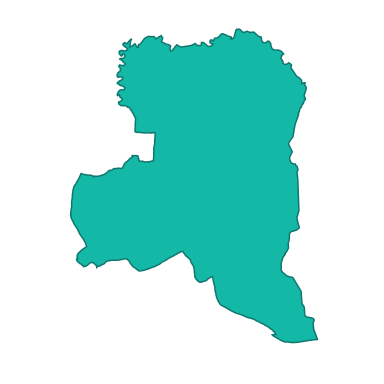 outline of Leraba, Léraba, Burkina Faso, rotated 175°
{"feature_id": "67063806B8254339248909", "entity_name": "Leraba", "entity_type": "district", "adm_level": 2, "iso_a3": "BFA", "parent_name": "Burkina Faso", "parent_adm1": "Léraba", "projection": "mercator", "projection_center": [-5.133, 10.653], "detail": "fine", "context": "isolated", "style": "filled", "palette": "teal", "viewbox_px": 384, "rotation_deg": 175, "n_neighbors": 0, "source": "geoboundaries", "source_scale": "gbopen_adm2", "svg_char_len": 6049}
<svg xmlns="http://www.w3.org/2000/svg" viewBox="0 0 384 384"><g transform="rotate(175 192 192)"><path d="M79.9,34.2L82.8,45.2L82.8,51.2L81.7,52.8L81.6,54.5L82.7,55.7L89.1,57.7L90.4,59.5L90.2,67.5L92.2,71.4L92.0,83.6L99.0,98.0L104.4,99.8L108.9,104.2L110.0,106.4L109.3,113.3L107.2,118.9L104.5,121.9L104.6,123.1L103.3,123.8L100.8,127.7L100.6,132.5L99.2,136.4L98.6,141.7L97.2,143.7L91.4,144.9L88.2,146.9L89.9,156.8L87.1,164.2L85.5,195.6L85.7,202.7L84.4,205.0L85.2,208.6L86.3,209.2L86.6,210.8L89.2,211.5L90.9,212.8L91.9,216.2L91.6,218.3L88.6,223.3L91.8,231.6L89.8,234.6L86.7,238.1L83.4,250.4L79.0,259.8L79.4,261.3L78.0,262.7L77.4,265.7L75.8,266.8L74.6,269.6L73.5,270.2L72.5,272.7L71.1,274.2L71.0,275.5L72.0,278.1L69.4,284.2L69.2,286.7L70.6,288.8L69.8,291.0L71.3,291.1L73.3,290.2L73.1,293.8L75.9,297.1L77.3,297.5L82.9,307.6L81.7,309.4L82.2,310.5L84.4,312.3L86.1,311.1L88.7,311.0L90.4,312.5L89.9,314.0L92.0,317.9L90.9,319.0L91.0,320.0L88.7,321.5L90.6,324.2L93.5,325.9L97.7,326.2L99.7,327.7L100.5,330.0L100.7,333.2L102.2,335.4L103.3,335.7L105.5,334.3L107.5,334.1L109.3,336.3L109.6,340.4L112.2,341.3L116.4,345.9L120.8,346.0L122.9,347.3L127.0,346.3L130.3,350.0L132.9,350.3L134.2,349.3L136.7,342.2L138.6,341.0L140.1,341.4L139.3,342.4L139.7,343.2L142.2,344.0L147.1,346.9L149.1,346.8L152.9,343.3L155.8,343.3L157.8,340.6L158.7,341.6L160.0,341.9L161.1,340.4L160.8,338.8L158.3,337.3L159.6,336.1L161.6,335.4L163.6,335.9L167.5,339.9L169.6,340.1L169.8,337.9L170.7,337.2L174.3,337.6L175.9,339.7L178.9,338.3L182.7,337.8L190.4,337.3L194.4,339.9L199.7,334.4L201.0,334.4L201.6,337.0L200.5,339.2L201.4,340.3L205.6,341.9L207.2,343.1L209.3,344.4L207.7,348.0L209.2,350.5L214.5,347.7L216.2,350.1L219.6,350.4L221.9,350.9L225.9,349.1L230.6,343.8L232.5,343.5L232.9,340.6L234.1,340.9L235.9,344.6L240.0,342.2L241.5,341.9L240.0,347.6L238.7,350.0L240.8,348.5L243.7,345.6L244.4,345.5L245.8,346.6L246.4,346.5L247.1,346.2L247.9,345.4L247.9,344.6L247.7,344.2L246.6,342.9L245.0,341.6L243.7,340.4L243.6,340.0L243.9,339.5L244.9,338.9L246.6,338.3L249.8,339.2L251.1,339.0L251.9,338.6L252.4,337.7L252.5,337.2L252.3,336.2L251.9,335.3L250.9,333.9L250.6,333.7L250.1,333.7L249.5,333.9L249.2,334.9L249.0,335.3L248.5,335.6L247.9,335.6L246.9,333.9L246.9,333.2L247.3,332.3L248.7,331.1L249.4,331.0L250.8,331.3L252.4,330.9L252.2,330.4L251.1,329.8L250.2,329.0L249.1,327.3L247.5,325.9L247.2,325.3L247.4,324.8L247.9,324.4L250.2,323.9L252.8,324.9L253.8,324.3L253.8,323.2L252.9,321.9L252.6,321.3L252.7,319.5L253.2,318.7L255.3,317.3L256.4,315.1L256.5,314.4L256.4,313.6L255.9,313.0L255.5,312.8L251.7,312.8L251.1,312.3L251.0,311.5L252.1,310.0L252.7,309.6L254.8,308.8L255.4,308.4L256.7,307.4L257.0,306.8L256.3,306.2L255.2,305.9L254.7,304.7L253.6,304.2L252.8,304.2L252.1,303.6L251.2,303.2L249.9,301.9L249.8,301.4L250.6,300.1L251.0,299.7L251.7,299.7L253.7,300.0L254.8,299.8L255.6,299.3L257.5,296.9L258.0,295.3L257.7,294.5L256.8,295.0L256.0,295.1L255.6,294.7L255.7,294.2L255.6,293.2L255.2,292.6L253.9,291.5L253.5,291.1L253.4,290.5L254.0,289.4L255.1,288.6L256.0,288.3L257.0,288.2L257.3,287.8L257.2,286.2L256.8,285.5L256.3,285.2L255.3,284.3L254.7,284.1L253.6,284.3L253.2,284.0L252.6,283.9L250.4,283.7L249.5,283.2L248.9,282.1L247.1,281.6L246.8,281.3L246.3,280.7L246.2,279.3L245.4,279.0L244.8,277.2L243.9,275.5L241.8,270.4L242.0,268.6L242.8,263.5L242.8,261.8L243.3,259.8L243.4,256.9L241.9,256.2L239.3,256.0L234.3,255.0L230.4,254.8L227.7,254.3L224.6,254.4L223.5,254.1L224.0,250.0L224.5,247.8L225.0,243.3L226.2,239.1L227.1,230.3L227.6,227.9L227.5,227.5L227.7,226.4L228.3,226.2L228.9,226.4L231.6,225.9L236.2,225.9L236.7,226.1L237.3,226.5L238.2,226.7L238.8,227.1L240.9,227.0L242.4,228.2L242.1,229.1L242.4,229.2L242.5,231.3L242.9,232.7L244.7,233.2L246.1,233.2L247.1,233.4L248.2,233.4L248.7,233.2L248.2,232.2L249.1,231.5L251.0,230.8L252.3,229.3L256.1,226.8L257.7,224.8L257.9,224.1L259.1,221.9L259.8,221.9L261.1,221.6L263.3,222.3L265.3,221.8L266.2,222.1L268.0,222.0L270.3,220.7L272.1,220.5L272.4,220.8L275.9,218.2L278.3,217.0L279.7,216.8L282.1,216.1L284.1,215.9L286.1,216.0L288.5,216.4L288.5,215.6L290.7,217.4L292.3,217.7L294.4,217.9L296.6,218.6L298.6,218.9L300.8,220.1L304.2,214.3L306.1,211.8L306.9,210.3L308.7,208.3L309.6,206.5L310.0,205.2L310.6,203.4L310.7,202.6L311.1,201.2L311.5,199.5L311.4,198.8L311.6,197.8L312.8,192.2L313.2,187.5L314.2,184.0L314.5,182.4L314.8,179.9L314.8,178.0L314.3,175.7L314.0,175.1L311.9,169.7L309.5,165.4L308.2,162.1L307.4,159.8L304.4,154.6L303.0,151.6L301.9,148.0L301.9,146.9L302.7,146.1L303.6,145.6L304.8,145.2L306.2,144.2L307.4,143.5L310.7,140.8L312.1,138.3L311.8,137.4L312.0,136.9L311.7,135.9L312.5,135.7L312.8,135.2L312.9,134.8L312.1,132.6L311.0,131.9L310.2,130.6L309.1,130.1L308.7,129.8L307.6,128.4L306.7,127.9L306.6,127.2L306.3,127.0L303.7,127.5L300.0,130.0L298.5,130.5L297.9,130.6L296.2,129.8L293.8,127.3L293.4,125.2L293.1,125.6L292.3,126.1L290.4,126.3L289.7,126.6L288.5,127.5L287.7,127.5L285.7,128.2L284.1,129.8L283.3,130.3L282.3,130.6L277.1,131.0L272.8,130.5L269.6,130.7L265.3,131.3L263.3,131.2L262.4,130.7L260.8,128.8L259.2,125.6L257.2,122.7L255.7,121.6L251.6,117.9L247.1,118.1L243.2,119.0L242.3,119.1L238.3,120.5L236.5,120.7L230.4,123.1L227.5,125.0L224.2,126.2L221.5,127.7L219.2,128.8L215.9,130.0L213.6,131.2L212.2,131.7L209.6,132.9L206.8,133.8L206.1,133.3L205.9,132.6L205.2,131.4L204.4,130.3L204.0,129.3L202.5,127.9L202.1,127.4L199.8,125.0L198.9,121.6L197.2,118.4L196.9,117.4L196.5,114.8L196.6,112.0L196.4,109.5L196.4,108.4L196.6,107.8L196.5,107.2L195.6,105.0L193.5,102.4L191.7,101.3L191.0,101.7L190.5,101.4L189.9,101.5L188.7,101.9L186.4,102.2L184.6,103.1L183.8,103.9L182.7,104.6L179.0,106.0L178.8,105.5L178.5,101.2L177.6,95.5L177.6,92.4L177.3,89.9L176.7,85.2L175.5,81.0L173.5,77.3L172.9,76.7L169.9,74.9L163.6,70.5L159.8,68.1L157.9,67.2L154.3,65.8L147.6,62.2L146.3,61.7L145.1,61.4L141.8,60.0L138.8,58.0L136.8,56.9L134.6,55.4L132.1,54.0L131.0,53.0L128.7,51.6L123.5,47.1L123.0,46.1L122.3,45.6L120.8,42.8L124.5,42.8L124.1,42.1L122.7,40.9L115.1,35.7L112.6,34.6L109.2,34.2L107.2,33.6L104.6,33.2L100.0,33.1L87.8,34.0L79.9,34.2Z" fill="#14b8a6" stroke="#0f766e" stroke-width="1.5"/></g></svg>